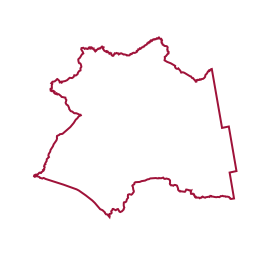 Sissala East, Upper West, Ghana, rotated 81°
{"feature_id": "2480657B88326891244380", "entity_name": "Sissala East", "entity_type": "district", "adm_level": 2, "iso_a3": "GHA", "parent_name": "Ghana", "parent_adm1": "Upper West", "projection": "albers", "projection_center": [-1.879, 10.607], "detail": "fine", "context": "isolated", "style": "outline", "palette": "rose", "viewbox_px": 256, "rotation_deg": 81, "n_neighbors": 0, "source": "geoboundaries", "source_scale": "gbopen_adm2", "svg_char_len": 5695}
<svg xmlns="http://www.w3.org/2000/svg" viewBox="0 0 256 256"><g transform="rotate(81 128 128)"><path d="M160.9,228.4L161.6,227.8L161.6,227.6L161.4,226.5L161.1,226.4L161.3,226.0L161.2,225.6L160.9,225.4L161.0,225.2L161.7,224.8L162.3,223.6L162.9,222.9L163.4,222.8L164.5,220.5L164.1,219.4L164.4,218.7L165.4,217.4L173.9,200.5L180.6,188.3L182.1,186.3L187.9,180.3L194.0,174.6L196.8,172.5L203.8,168.2L205.2,166.0L207.8,164.0L208.4,164.0L209.8,163.2L210.2,161.9L213.1,160.2L212.3,159.9L210.2,159.9L210.0,159.7L209.9,158.1L209.5,157.6L209.1,157.4L207.6,157.6L206.5,156.3L205.6,155.8L205.6,155.3L207.3,153.0L206.5,151.3L206.5,150.6L209.3,149.5L209.8,148.8L209.3,147.0L207.8,145.0L206.9,144.8L206.1,144.1L204.2,144.4L201.3,143.9L200.7,143.4L200.9,142.2L200.3,141.2L198.3,140.3L196.9,138.8L195.6,138.9L193.9,138.4L193.6,137.1L194.4,135.0L193.9,134.2L192.0,132.3L191.2,132.1L189.9,132.4L186.9,132.4L185.8,132.8L185.3,132.4L184.5,130.6L183.4,130.3L183.0,129.9L182.7,129.1L183.1,124.9L182.6,122.8L182.6,119.3L181.8,116.9L181.8,115.3L181.3,113.9L181.8,108.2L182.3,107.1L182.5,105.8L182.2,105.2L182.6,104.5L182.8,102.8L182.5,101.0L183.9,100.1L184.1,99.1L183.9,98.1L184.9,95.7L186.3,94.7L188.6,95.0L189.6,95.4L190.4,95.2L190.8,94.6L191.4,94.4L191.6,93.1L192.1,92.3L191.5,91.2L191.7,90.0L192.6,88.6L195.7,88.0L196.8,88.2L198.0,87.5L198.2,86.6L198.9,86.4L198.8,85.6L199.9,81.9L199.8,81.5L197.9,80.1L198.4,78.6L199.4,76.9L199.2,76.5L199.9,75.7L199.8,75.4L201.1,76.0L202.8,76.1L203.1,75.2L203.0,74.2L204.2,73.5L204.1,73.1L205.7,72.9L206.4,72.6L206.3,71.9L206.6,71.7L207.0,71.8L207.2,72.1L207.4,71.9L207.8,68.9L208.6,68.1L208.2,67.3L208.3,66.3L207.6,65.7L207.4,65.0L208.1,64.3L208.9,62.7L208.6,62.2L208.5,59.0L208.9,58.2L207.9,57.4L208.2,56.3L208.9,55.9L208.9,55.3L209.9,52.6L210.2,51.3L210.1,50.2L210.6,48.4L209.8,47.2L210.0,45.9L209.8,45.2L210.4,44.2L210.7,42.6L211.2,42.2L211.2,41.0L211.9,39.1L212.7,38.7L213.0,38.2L213.9,38.0L214.2,37.4L214.2,34.3L187.9,34.6L187.5,27.6L142.3,28.2L142.6,35.1L82.8,36.0L82.9,36.8L83.3,37.3L83.5,38.1L83.8,38.1L83.7,38.7L84.4,38.9L84.2,39.4L84.8,39.9L84.8,40.3L86.6,41.6L87.6,43.1L88.9,43.7L89.5,43.8L90.5,44.9L91.2,46.2L91.2,47.8L91.6,48.4L91.3,48.8L91.6,49.4L91.2,49.7L91.7,50.7L91.3,51.6L91.7,52.2L91.5,52.7L92.9,53.2L92.8,53.9L91.7,54.2L89.9,55.5L89.0,55.8L88.6,56.9L86.9,57.8L86.6,58.6L82.2,63.8L81.5,65.2L81.6,66.8L79.6,67.4L77.0,69.0L77.3,69.4L77.3,70.2L76.8,71.1L75.8,71.8L74.8,72.0L74.0,71.7L70.8,75.6L68.8,79.0L66.9,81.3L64.8,80.6L63.6,80.6L62.8,79.1L60.9,77.1L60.9,76.5L60.5,76.2L59.2,76.0L58.7,76.8L58.0,76.9L57.4,76.6L56.8,77.0L54.5,76.2L53.5,76.7L53.1,77.4L52.7,79.0L52.4,79.4L51.9,79.6L51.2,80.6L50.9,80.5L50.0,81.1L49.4,81.0L49.0,81.5L48.3,81.5L47.0,80.7L46.6,80.9L46.1,80.8L45.5,81.1L45.7,81.3L45.4,81.3L45.0,82.3L43.4,83.3L44.0,84.5L44.3,84.1L44.5,84.6L44.1,85.2L44.3,85.8L44.1,85.9L44.4,86.4L44.6,86.1L44.5,86.6L44.7,86.8L44.4,87.6L44.7,87.9L44.8,88.5L44.4,88.9L44.7,90.0L45.0,90.1L45.1,90.8L45.5,90.8L45.4,91.2L45.9,91.7L45.7,92.1L46.3,92.7L45.8,92.7L46.4,93.4L46.3,93.5L46.7,94.7L47.4,95.0L47.4,95.5L47.7,95.5L47.9,96.1L48.5,96.5L49.2,98.7L50.0,99.2L50.0,100.2L50.6,100.8L50.6,101.8L51.4,102.8L51.2,103.6L51.8,103.6L51.9,105.3L52.2,105.2L52.6,105.6L53.2,107.2L54.0,107.1L54.4,107.8L54.9,109.6L54.5,110.9L54.7,111.5L54.9,112.2L55.4,112.5L55.6,113.2L55.3,114.0L56.4,115.0L56.5,115.5L56.1,117.7L55.8,117.7L54.8,119.8L54.7,121.0L54.0,121.7L53.1,123.2L53.7,125.1L53.3,125.0L53.0,125.4L52.6,126.5L52.8,126.6L52.1,127.6L52.6,128.7L52.6,129.1L52.2,129.4L52.4,129.7L54.3,131.1L54.4,131.7L53.8,132.5L53.2,132.6L52.9,133.0L51.6,132.9L51.3,134.0L51.5,134.4L51.1,134.4L51.2,134.7L50.9,134.7L50.5,135.5L50.0,135.9L49.9,136.4L49.5,136.2L49.4,136.7L49.0,136.6L48.6,136.9L48.6,137.4L49.1,137.9L48.0,139.3L45.9,140.3L44.7,139.6L44.5,140.7L43.9,140.3L43.5,140.7L43.5,141.1L44.4,141.9L44.4,142.5L45.1,143.2L44.8,143.7L44.9,144.3L45.3,144.6L45.0,145.1L45.8,146.2L45.9,146.8L46.8,147.4L46.8,147.7L46.5,147.8L46.9,148.2L46.4,148.3L46.5,148.7L45.1,149.4L44.4,150.2L44.0,149.8L43.8,150.4L42.6,151.4L42.5,152.0L43.4,152.2L43.2,152.7L43.6,152.8L43.2,153.6L42.8,153.7L43.1,154.0L42.7,154.4L43.5,155.0L43.6,155.9L42.7,157.2L43.1,158.4L41.8,159.5L41.8,161.4L42.9,161.9L46.0,160.7L47.4,160.5L48.0,161.9L51.2,164.6L52.0,166.0L52.6,166.4L54.0,166.5L56.0,166.3L56.4,166.0L56.7,165.1L57.5,164.7L59.2,164.5L60.3,164.5L61.5,165.6L63.7,165.9L64.2,167.5L65.6,168.8L66.8,169.3L67.6,170.5L68.0,171.4L67.5,172.8L68.8,173.5L69.4,174.3L69.9,175.5L69.3,177.8L71.2,180.6L71.8,182.7L71.9,185.4L72.9,186.5L72.7,186.8L72.1,186.2L71.8,186.5L72.2,188.3L70.6,188.5L68.6,190.1L68.7,190.6L69.4,191.3L70.4,193.0L70.6,194.4L70.5,195.3L71.8,196.8L72.6,195.9L73.9,196.6L76.7,196.9L77.0,197.2L77.1,198.3L77.4,198.5L78.9,198.5L79.1,197.2L79.7,197.5L79.9,197.1L79.8,195.7L80.5,195.0L80.8,195.5L81.7,195.5L82.7,194.7L83.0,194.1L82.4,193.8L82.4,193.1L83.8,192.5L83.6,191.6L83.9,191.0L85.8,189.3L86.9,188.7L88.2,185.1L89.4,185.1L90.7,184.5L93.4,185.7L95.2,185.1L96.0,184.1L96.8,183.6L99.3,183.0L100.1,183.1L102.4,181.9L103.1,180.4L104.8,179.0L105.2,178.1L105.2,177.1L106.0,175.6L107.5,173.5L107.5,172.8L108.1,172.6L108.5,174.1L109.1,175.2L110.5,176.5L111.6,178.3L114.5,180.8L118.0,184.8L123.5,193.6L123.5,196.3L124.1,197.1L124.7,199.3L125.8,199.7L127.2,199.7L129.0,200.6L132.5,204.0L134.3,205.0L137.5,207.9L139.3,208.6L141.3,210.4L143.0,211.0L144.3,210.6L146.1,213.1L148.0,213.6L149.1,214.6L150.4,215.5L150.9,215.3L151.4,216.2L152.7,216.9L153.2,216.5L154.0,216.5L155.2,217.4L155.7,217.3L156.2,218.5L156.6,218.4L156.5,217.9L156.8,217.9L158.1,220.3L158.8,220.9L158.8,221.2L158.3,221.6L158.3,222.6L159.4,223.9L159.6,224.7L159.8,226.0L159.6,226.7L160.1,228.0L160.9,228.4Z" fill="none" stroke="#9f1239" stroke-width="2"/></g></svg>